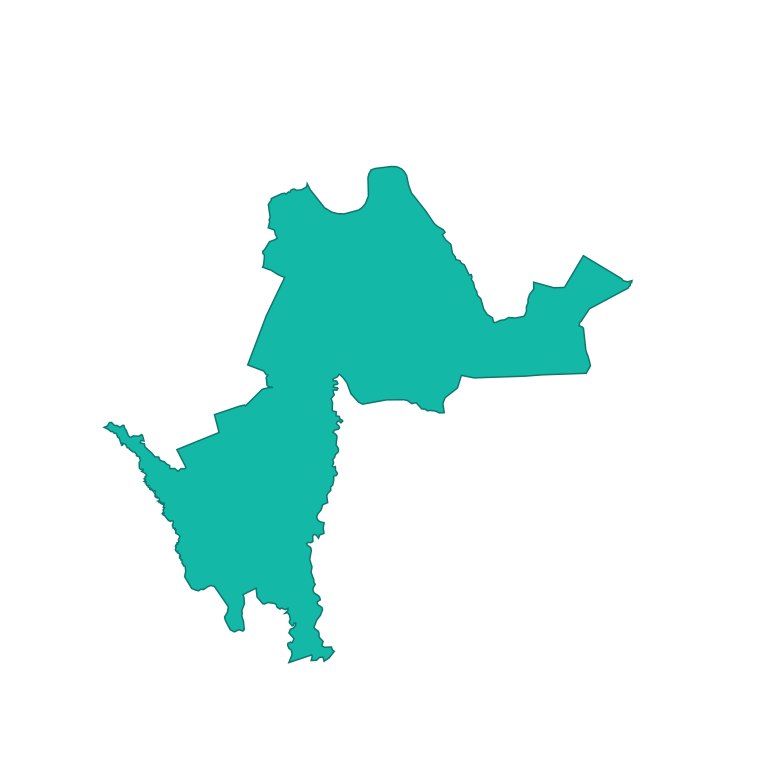 San Jacinto de Yaguachi, Guayas, Ecuador, rotated 62°
{"feature_id": "8360857B83271763782433", "entity_name": "San Jacinto de Yaguachi", "entity_type": "district", "adm_level": 2, "iso_a3": "ECU", "parent_name": "Ecuador", "parent_adm1": "Guayas", "projection": "albers", "projection_center": [-79.669, -2.119], "detail": "fine", "context": "isolated", "style": "filled", "palette": "teal", "viewbox_px": 768, "rotation_deg": 62, "n_neighbors": 0, "source": "geoboundaries", "source_scale": "gbopen_adm2", "svg_char_len": 6170}
<svg xmlns="http://www.w3.org/2000/svg" viewBox="0 0 768 768"><g transform="rotate(62 384 384)"><path d="M409.1,116.5L408.2,121.0L405.0,124.3L402.5,124.8L364.3,147.7L383.5,179.3L378.8,188.8L364.4,204.1L370.5,207.2L373.2,213.3L376.6,216.9L380.1,218.9L382.7,222.1L387.0,224.3L390.0,228.4L387.4,237.1L383.8,242.7L384.0,247.2L382.4,251.4L382.1,256.6L381.0,258.3L376.5,257.1L370.9,260.3L364.7,260.8L354.2,258.5L349.5,259.9L346.1,258.8L341.7,258.9L336.5,257.4L332.7,257.8L330.7,256.0L328.3,255.6L327.8,257.7L316.5,257.1L313.6,259.0L310.8,259.1L307.7,262.2L305.2,261.4L300.7,262.2L292.1,259.4L285.8,261.9L280.4,262.3L279.4,262.1L278.8,258.9L277.5,258.9L275.3,259.4L269.9,262.9L265.8,264.4L251.2,265.9L228.1,270.1L219.9,268.9L210.5,266.2L206.0,266.4L202.4,267.5L198.1,270.8L195.4,275.4L189.6,290.5L188.9,294.9L191.4,298.7L194.3,301.3L210.7,309.5L216.0,315.7L217.9,320.2L218.5,324.9L215.1,339.4L211.7,345.1L207.7,349.5L200.4,353.8L178.0,357.9L171.1,357.8L173.0,359.2L173.7,360.6L173.7,366.0L171.8,370.6L170.4,371.1L169.2,372.7L169.2,375.4L170.5,377.2L169.6,378.3L170.3,381.5L168.9,382.1L168.0,385.0L167.3,396.4L169.1,397.8L171.1,401.8L183.4,406.3L184.9,408.2L187.5,409.1L191.7,412.9L196.6,408.5L200.9,409.6L205.0,409.7L205.4,412.3L204.6,418.3L209.4,426.5L209.9,428.8L212.1,429.7L213.8,429.0L217.0,430.8L222.6,434.7L223.9,436.4L230.5,430.3L237.7,426.2L243.3,421.7L268.4,455.8L303.2,495.4L316.1,484.1L320.3,483.6L321.9,482.5L322.8,484.9L330.3,487.9L332.1,487.2L335.0,483.6L333.1,487.4L331.5,494.0L338.3,516.5L337.2,516.8L335.8,521.7L331.5,548.1L349.4,552.4L344.7,597.7L364.8,598.0L365.3,599.7L363.4,602.9L364.4,606.8L360.3,608.5L358.2,612.8L355.3,611.5L353.1,613.3L349.6,614.4L346.5,617.5L342.7,617.2L340.8,620.5L335.8,621.5L327.5,624.6L324.3,623.7L321.4,627.0L319.8,625.1L321.6,622.6L315.9,621.4L314.8,621.8L315.0,625.1L312.1,629.7L312.2,632.4L311.6,633.3L309.5,634.0L303.7,633.3L301.4,633.8L298.6,633.0L297.8,634.0L298.2,637.5L295.3,639.2L294.0,641.5L290.0,642.6L289.2,644.6L291.2,648.0L290.9,651.5L294.4,648.8L297.9,647.4L298.5,645.9L300.6,645.5L302.0,643.5L306.0,644.1L307.2,643.2L315.0,644.4L315.1,643.1L313.6,642.6L315.8,640.5L319.7,640.6L321.0,639.1L322.0,639.4L325.9,637.6L326.8,636.4L329.9,635.4L331.1,636.3L333.5,634.1L337.5,635.2L338.3,637.0L343.4,639.5L345.2,639.0L346.3,636.7L347.3,637.5L347.3,639.0L351.3,636.5L353.5,636.7L353.7,638.4L354.5,638.5L355.1,640.4L356.7,639.6L357.3,641.3L357.7,640.5L358.9,641.1L359.0,640.0L360.9,641.1L362.7,640.8L363.2,639.5L364.3,640.5L366.6,638.9L366.5,640.1L367.1,640.2L368.3,639.3L368.4,638.5L370.8,638.1L370.0,637.4L371.2,635.9L373.1,638.0L373.9,637.6L375.1,638.6L375.9,638.0L376.2,638.9L378.1,637.9L377.7,637.1L379.0,636.2L381.6,637.0L381.3,638.4L381.8,637.9L382.9,638.2L383.0,636.5L384.2,637.2L385.8,634.1L386.7,634.8L386.2,636.0L387.6,634.9L389.3,636.8L390.1,635.8L391.4,638.1L393.7,638.8L394.4,640.8L395.0,640.6L394.9,639.2L395.8,640.4L397.5,639.4L403.1,638.4L405.1,637.1L405.0,635.8L406.1,634.5L408.0,635.4L408.9,637.0L412.2,637.8L413.5,636.1L414.1,636.4L413.8,637.8L414.9,636.2L417.8,637.9L421.1,636.0L422.8,635.8L425.0,638.7L426.9,639.1L427.4,640.2L427.1,641.3L428.5,641.3L428.1,642.5L429.2,644.3L429.8,643.8L432.6,646.1L434.7,645.9L434.9,644.8L436.3,645.5L437.9,644.3L439.9,644.3L439.9,645.2L440.6,644.8L441.0,645.9L441.8,646.2L443.4,645.4L443.9,645.8L444.2,645.0L448.0,646.5L448.7,645.9L450.5,646.4L451.1,645.2L452.2,645.4L456.4,647.1L460.5,650.5L474.2,649.8L477.2,647.4L479.6,644.8L479.2,642.3L480.8,639.8L480.2,634.9L480.7,631.3L483.1,628.8L507.6,626.0L511.8,629.2L514.9,634.2L518.5,635.1L528.8,635.1L532.6,632.5L532.9,627.3L535.9,624.6L535.3,622.7L527.8,619.6L521.7,618.4L520.3,617.0L517.1,615.8L512.6,610.5L506.9,607.9L503.8,607.4L504.2,592.8L512.5,596.1L521.0,594.2L522.1,593.0L522.4,589.1L526.4,583.7L527.9,582.7L530.9,583.2L533.9,581.5L533.6,579.7L536.9,577.1L537.0,574.2L538.9,575.1L540.0,579.0L540.7,576.4L543.8,576.0L548.0,577.3L548.9,578.8L550.4,579.6L554.5,578.6L554.5,577.2L552.9,575.5L553.7,574.2L555.9,575.7L557.0,578.9L556.6,581.8L559.1,584.8L566.5,583.0L569.4,586.3L568.0,587.6L567.9,590.7L569.7,591.8L573.0,592.0L575.1,590.9L578.5,591.5L580.4,592.9L585.3,598.8L589.3,575.1L591.0,575.4L594.0,578.2L596.2,573.2L595.1,569.0L596.3,566.7L596.8,566.1L600.7,567.1L600.0,560.9L596.7,553.4L594.4,554.4L591.5,553.9L588.6,560.0L586.6,561.5L585.3,561.2L582.8,558.6L577.1,560.1L573.3,558.3L571.5,558.1L566.3,560.4L560.8,554.2L558.4,548.7L554.3,544.1L552.1,543.7L548.0,545.9L546.0,545.9L544.9,544.9L544.7,541.6L542.5,541.0L540.4,541.2L535.5,543.8L533.2,543.7L531.0,542.6L528.6,538.8L526.1,539.0L524.0,537.9L516.1,536.8L511.6,533.4L504.1,532.0L496.5,526.0L493.9,525.6L490.0,527.5L488.5,527.4L488.3,525.7L489.9,522.6L489.6,520.6L485.2,518.6L484.1,517.4L484.2,516.1L485.6,514.8L489.4,514.2L487.1,511.6L487.7,507.1L482.3,505.1L478.4,502.0L475.7,505.0L473.5,506.2L471.3,506.3L469.3,505.5L467.5,503.3L465.8,498.9L461.8,494.7L462.3,489.4L455.7,487.0L454.2,484.9L452.9,480.9L450.0,479.6L449.0,476.6L444.9,473.2L442.2,472.1L441.8,470.7L442.4,469.1L441.8,467.8L440.5,467.0L437.6,467.4L434.1,465.7L433.6,467.5L432.3,468.3L429.9,465.4L426.6,464.8L425.7,462.1L423.5,460.2L422.7,456.7L421.0,455.2L419.1,454.6L415.4,455.0L408.1,450.0L406.3,450.1L402.6,451.7L401.5,449.3L402.5,445.6L401.8,443.8L400.2,443.5L396.5,444.6L395.2,443.0L395.3,441.3L398.1,440.2L397.3,437.8L396.1,437.9L394.7,439.3L391.6,438.7L389.7,441.3L386.0,439.2L383.9,441.9L382.7,442.0L376.2,438.1L372.2,437.7L370.1,432.9L366.0,432.4L365.8,431.1L367.4,428.5L366.4,426.8L365.5,426.9L362.9,430.2L361.3,428.8L362.4,425.3L361.9,424.5L359.2,424.4L357.0,427.3L355.6,426.6L355.8,422.1L354.4,418.9L355.1,418.5L359.4,417.1L365.8,416.2L376.9,417.8L387.8,415.1L391.8,412.3L399.2,389.2L407.3,373.7L409.4,371.2L414.5,368.6L415.2,365.4L416.2,364.2L423.7,362.4L425.5,359.5L428.1,358.2L428.9,355.8L431.8,351.5L435.5,348.7L437.6,344.3L428.7,341.1L424.7,336.3L422.0,321.0L412.7,311.6L420.9,301.6L443.4,255.5L450.1,240.2L469.4,200.6L469.9,201.1L464.8,193.1L456.3,191.0L449.3,190.1L428.6,181.8L427.0,182.0L423.9,184.4L421.4,182.0L421.3,180.7L414.0,167.3L413.9,123.0L413.0,122.3L412.6,120.2L410.7,119.4L410.8,117.8L409.1,116.5Z" fill="#14b8a6" stroke="#0f766e" stroke-width="1.5"/></g></svg>